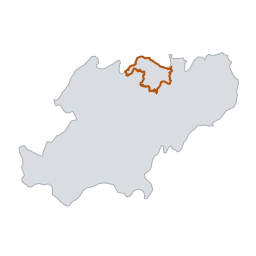 where Macvanski sits in Republic of Serbia, rotated 94°
{"feature_id": "SRB-838", "entity_name": "Macvanski", "entity_type": "District", "adm_level": 1, "iso_a3": "SRB", "parent_name": "Republic of Serbia", "parent_adm1": "", "projection": "orthographic", "projection_center": [19.594, 44.517], "detail": "fine", "context": "in_parent", "style": "outline", "palette": "amber", "viewbox_px": 256, "rotation_deg": 94, "n_neighbors": 0, "source": "natural_earth", "source_scale": "10m", "svg_char_len": 6968}
<svg xmlns="http://www.w3.org/2000/svg" viewBox="0 0 256 256"><g transform="rotate(94 128 128)"><path d="M143.5,93.7L149.9,95.6L152.8,97.4L154.4,99.8L158.5,101.4L165.1,102.0L169.8,104.4L172.5,108.6L176.7,107.4L182.3,100.9L188.0,99.0L193.7,101.9L196.9,104.2L197.5,106.2L196.2,107.0L193.0,106.8L190.5,108.1L188.6,110.9L188.4,113.9L189.9,117.0L192.0,119.1L194.6,120.2L196.1,121.8L196.3,123.9L197.0,124.4L195.6,125.4L194.0,126.9L193.2,129.5L193.1,133.5L188.2,136.8L186.3,137.5L185.5,139.6L184.4,145.5L184.7,149.9L185.5,152.2L185.8,154.0L187.6,156.2L189.2,159.6L190.3,164.1L192.7,167.6L198.4,170.9L201.3,172.8L203.5,175.6L205.2,178.2L210.0,181.5L209.8,184.1L208.9,186.6L207.8,187.8L205.6,191.0L203.4,192.9L199.8,198.6L193.9,199.2L192.5,199.6L190.3,201.3L189.3,204.1L190.4,206.3L190.4,208.5L189.5,213.0L191.1,217.6L193.3,219.7L193.6,221.0L193.4,223.2L190.4,227.8L189.5,229.5L186.3,230.4L185.2,230.0L183.5,228.5L182.0,228.1L178.3,230.0L174.5,231.3L171.5,230.5L168.5,230.5L166.4,231.3L164.9,231.6L161.9,233.7L157.0,235.2L154.7,234.9L153.8,233.1L152.9,230.5L153.3,229.4L156.5,227.2L156.8,225.3L161.1,215.7L161.9,212.6L161.9,211.6L160.7,211.0L158.2,211.1L147.2,207.5L147.6,203.1L144.3,200.8L140.8,198.7L140.2,196.4L136.3,191.7L133.4,189.1L129.8,187.8L126.7,185.9L124.8,184.8L124.0,182.5L124.0,181.2L123.0,180.0L121.5,180.1L119.0,181.9L116.0,183.5L115.4,184.6L116.6,187.2L117.4,188.9L117.1,190.5L116.1,192.5L110.2,197.0L109.5,198.6L110.7,201.1L110.0,202.2L105.0,203.9L105.1,202.6L104.8,200.4L101.9,198.1L97.9,196.3L88.8,190.1L85.4,189.3L82.3,188.6L77.9,185.7L75.6,185.1L73.1,183.0L67.7,175.8L63.0,171.9L59.9,169.9L59.0,168.0L58.8,166.0L58.9,165.4L61.3,162.6L63.2,162.2L65.5,162.1L67.1,163.5L69.1,163.8L70.3,162.0L70.9,159.4L70.6,156.1L65.7,148.3L61.5,142.9L61.0,141.7L62.0,140.7L63.4,140.1L65.0,140.6L69.1,141.0L73.1,140.5L74.4,139.2L74.4,137.4L73.0,135.8L68.4,131.3L64.8,127.4L60.6,124.4L57.5,123.2L56.5,121.6L56.2,120.0L56.5,117.0L56.8,113.2L57.5,110.8L60.3,106.3L63.0,101.6L64.7,97.0L65.6,92.7L65.3,91.5L63.9,90.6L60.9,89.6L56.8,90.4L53.4,91.9L52.0,92.0L51.6,90.1L52.1,89.3L53.2,89.4L54.1,89.8L55.1,88.9L55.6,86.3L54.3,77.4L56.9,76.6L56.9,75.3L57.1,74.1L59.8,75.7L63.6,75.7L66.9,75.4L67.4,74.6L67.3,73.3L66.6,72.3L65.5,71.5L64.6,70.2L62.4,69.7L55.5,66.4L52.1,63.0L52.3,59.3L53.3,57.3L54.5,56.6L54.1,56.0L50.2,54.2L48.9,51.9L50.0,48.9L48.0,42.8L46.0,39.0L48.1,37.4L48.4,35.1L48.5,33.7L49.4,33.8L52.8,32.2L54.0,31.0L54.7,29.5L55.5,29.2L57.8,30.8L60.1,30.9L62.8,29.9L64.8,28.5L67.2,27.4L68.2,26.6L69.6,25.3L72.4,21.6L75.6,20.8L79.8,21.8L84.3,22.1L87.7,21.2L96.4,22.2L98.2,23.1L99.5,24.0L101.7,27.2L104.0,31.3L107.0,33.2L110.6,35.4L112.5,37.0L115.3,41.9L117.5,44.3L118.2,44.2L118.9,43.6L119.4,43.0L120.0,43.5L120.1,45.0L120.3,48.3L119.8,51.9L120.6,55.2L120.6,56.2L120.1,57.2L120.2,58.0L121.0,58.9L124.0,61.1L126.8,64.5L130.0,66.8L132.9,68.3L134.8,68.4L137.9,71.1L143.9,72.9L145.8,73.6L147.2,74.7L148.2,76.0L148.3,77.4L147.3,78.1L146.1,80.0L145.6,82.3L144.7,83.0L143.7,83.0L143.0,83.7L143.2,84.7L144.0,85.6L145.3,86.5L147.7,87.3L150.1,88.5L150.1,89.5L149.7,90.6L146.6,91.1L144.4,91.3L143.4,91.8L143.5,93.7Z" fill="#d9dde1" stroke="#a8b0b8" stroke-width="1"/><path d="M61.8,125.0L61.3,124.9L60.9,124.8L60.1,124.4L58.4,124.0L57.7,123.7L57.0,122.8L56.1,120.9L55.8,119.8L55.7,118.8L56.1,117.6L56.6,116.9L57.1,116.1L57.2,114.6L56.6,112.2L56.7,111.3L58.0,110.9L58.4,110.6L58.6,110.2L58.8,109.8L58.9,109.4L58.9,108.5L59.0,108.2L59.2,107.9L59.6,107.7L59.8,107.5L61.6,104.4L62.2,102.7L62.5,102.2L62.9,101.8L63.7,101.1L64.1,100.5L64.5,99.5L65.9,92.9L66.0,92.7L66.4,92.4L66.3,91.9L66.2,91.4L66.1,91.1L65.8,90.9L65.6,90.6L65.7,90.4L65.0,89.9L64.4,89.2L65.0,89.2L66.2,89.7L66.7,89.6L67.2,89.1L67.1,88.7L67.5,88.1L67.8,88.1L68.0,88.2L68.1,88.3L68.6,88.6L68.8,88.8L68.9,89.0L69.0,89.1L69.1,89.4L69.3,89.8L69.4,90.1L69.5,90.2L69.6,90.3L69.8,90.4L69.9,90.5L70.0,90.4L70.3,90.2L70.5,90.0L70.6,89.8L70.7,89.7L70.9,89.6L71.0,89.5L71.3,89.5L71.5,89.7L71.8,90.0L72.0,90.1L72.4,90.3L72.8,90.3L73.1,90.4L73.3,90.4L73.6,90.3L74.0,90.1L74.6,89.8L74.9,89.7L75.1,89.7L75.5,89.6L76.3,89.7L76.7,89.7L76.8,89.7L77.9,88.5L78.3,88.7L78.9,88.8L79.8,89.3L80.8,89.4L81.1,89.6L81.2,90.2L81.0,90.9L79.3,94.3L79.0,95.5L79.1,96.5L79.4,97.0L79.5,97.5L79.7,97.9L80.1,98.2L80.7,98.5L82.7,98.6L84.6,99.6L85.7,100.3L86.3,101.0L87.3,101.6L90.0,101.6L91.0,102.0L90.2,102.5L88.0,103.6L87.6,104.2L88.3,105.1L89.6,104.6L89.4,106.3L89.4,106.6L89.2,107.1L89.2,107.3L89.4,107.7L89.5,107.8L89.5,108.2L89.6,108.8L89.4,108.8L89.2,108.9L88.8,109.2L88.7,109.2L88.2,109.4L87.9,109.6L87.7,109.6L87.3,109.3L87.2,109.2L86.9,109.1L86.7,109.1L86.4,109.3L86.0,109.6L85.9,109.7L85.8,109.8L85.5,109.9L85.4,109.9L85.4,110.0L85.2,110.2L85.1,110.3L84.9,110.7L84.8,111.0L85.0,111.3L85.1,111.5L85.1,111.9L85.1,112.0L85.3,112.3L85.5,112.7L85.6,112.8L85.6,113.0L85.6,113.3L85.4,113.5L85.2,113.7L85.1,113.8L85.1,114.1L85.3,114.5L85.4,114.9L85.4,115.2L85.4,115.5L85.3,115.8L85.2,115.9L84.8,115.8L84.6,115.8L84.4,115.8L84.2,115.9L84.1,116.0L84.0,116.3L84.0,116.5L84.5,117.0L84.8,117.5L84.7,117.7L84.5,118.0L84.4,118.3L84.3,118.5L84.2,118.5L83.9,118.5L82.4,118.5L82.1,118.5L81.9,118.4L81.9,118.2L81.9,117.9L81.5,117.3L81.4,117.2L81.2,117.0L80.8,116.9L80.3,116.7L79.5,116.3L79.1,116.2L78.5,115.9L78.2,115.8L78.1,115.7L77.9,115.7L77.7,115.7L77.6,115.8L77.1,115.9L77.0,116.0L76.5,116.0L76.3,116.1L76.2,116.2L75.8,116.4L75.7,116.5L75.4,116.6L75.1,116.6L74.9,116.6L74.7,116.6L74.4,116.4L74.3,116.2L74.2,115.9L74.0,115.7L73.5,115.4L73.0,115.4L72.7,115.5L72.2,115.7L71.9,115.7L71.6,115.7L71.3,115.7L71.0,115.7L70.9,115.7L70.8,115.8L70.6,115.9L70.6,116.0L70.6,116.3L70.8,116.4L71.1,116.5L71.3,116.7L71.3,116.8L71.2,116.9L71.1,117.1L71.1,117.3L71.1,117.7L71.0,117.9L70.9,118.4L70.8,118.7L70.5,119.2L70.4,119.4L70.3,119.5L70.2,119.6L69.9,119.6L69.6,119.6L69.4,119.6L69.2,119.8L69.1,120.0L69.1,120.3L69.2,120.5L69.3,120.6L69.5,120.8L70.2,120.8L70.3,120.8L70.5,121.2L70.7,121.5L70.8,121.8L70.8,122.0L70.7,122.4L70.6,122.5L70.3,122.6L69.9,122.7L69.7,122.8L69.4,123.2L69.2,123.4L69.2,123.5L69.1,123.9L69.1,124.1L68.9,124.3L68.5,124.6L68.4,124.7L68.4,124.8L68.4,125.2L68.4,125.4L68.3,125.5L68.2,125.9L68.4,126.0L68.8,126.4L69.0,126.5L69.4,126.7L69.7,126.8L69.8,126.8L70.2,126.9L70.7,127.0L70.9,127.1L71.0,127.1L71.3,127.4L71.3,127.5L71.5,127.6L71.8,127.7L72.2,127.6L72.3,127.6L72.7,128.0L72.8,128.1L73.2,128.2L73.3,128.3L73.5,128.5L73.8,128.9L74.1,129.4L74.1,129.5L74.2,130.0L74.3,130.4L74.3,130.5L74.6,130.6L74.8,130.7L75.0,130.9L75.2,131.1L75.3,131.4L75.4,131.6L75.5,131.7L75.6,131.8L75.8,131.9L75.8,132.1L75.7,132.4L75.6,132.7L75.4,133.0L75.2,133.2L75.2,133.3L74.9,133.3L74.7,133.3L74.5,133.2L74.2,133.1L73.9,133.2L73.5,133.3L73.4,133.4L73.1,133.5L72.9,133.6L72.7,133.8L72.4,134.5L72.2,134.7L71.7,134.8L71.0,133.8L70.4,133.2L70.2,132.8L70.1,131.8L69.8,131.4L69.5,131.4L69.1,131.9L68.9,131.9L68.6,131.8L68.2,131.4L66.4,130.1L65.7,129.3L65.5,128.6L65.4,127.5L64.9,126.3L64.2,125.3L63.6,124.7L63.1,124.7L61.8,125.0Z" fill="none" stroke="#b45309" stroke-width="2"/></g></svg>